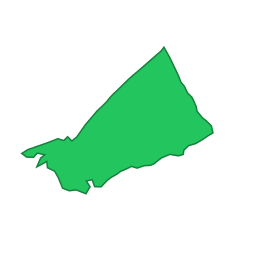 Sapucaia do Sul, Rio Grande do Sul, Brazil, rotated 305°
{"feature_id": "56859067B33945949443498", "entity_name": "Sapucaia do Sul", "entity_type": "district", "adm_level": 2, "iso_a3": "BRA", "parent_name": "Brazil", "parent_adm1": "Rio Grande do Sul", "projection": "robinson", "projection_center": [-51.141, -29.822], "detail": "fine", "context": "isolated", "style": "filled", "palette": "green", "viewbox_px": 256, "rotation_deg": 305, "n_neighbors": 0, "source": "geoboundaries", "source_scale": "gbopen_adm2", "svg_char_len": 1001}
<svg xmlns="http://www.w3.org/2000/svg" viewBox="0 0 256 256"><g transform="rotate(305 128 128)"><path d="M172.7,200.4L177.5,195.2L178.8,188.1L179.0,183.2L181.3,175.0L184.5,171.7L187.5,167.0L189.8,162.8L190.9,156.7L194.5,150.2L195.9,145.1L199.8,139.3L209.5,122.1L214.8,111.1L209.9,110.9L205.5,109.8L178.5,103.1L174.6,102.0L167.8,100.4L154.3,97.9L146.9,96.4L142.0,95.7L137.6,95.5L131.4,94.4L124.3,92.9L106.0,91.2L91.3,91.2L85.2,89.5L86.2,83.5L80.9,82.6L79.0,76.7L69.7,70.5L52.8,58.3L46.2,55.6L46.1,61.8L49.9,67.5L55.4,68.1L58.3,75.1L53.2,73.7L43.9,75.6L53.9,80.7L49.3,84.8L50.5,92.8L47.3,99.5L41.2,108.9L42.9,115.9L47.6,121.1L50.0,131.3L58.1,130.6L60.7,124.3L65.1,128.3L60.8,134.3L64.4,139.7L73.6,141.1L78.0,142.6L84.1,145.5L88.2,146.8L94.1,150.5L98.5,152.8L100.4,158.5L106.3,162.8L110.2,167.7L113.7,169.9L118.4,171.2L123.0,172.7L130.4,177.4L134.2,185.4L138.0,188.4L141.8,186.5L148.2,187.7L154.1,192.4L161.1,195.6L167.7,198.1L172.7,200.4Z" fill="#22c55e" stroke="#15803d" stroke-width="1.5"/></g></svg>